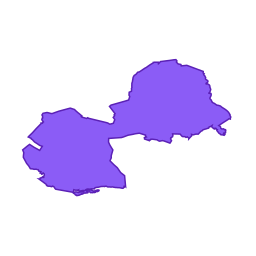 Ņukšu pag., Ludzas, Latvia, rotated 13°
{"feature_id": "27541924B6946008427807", "entity_name": "Ņukšu pag.", "entity_type": "district", "adm_level": 2, "iso_a3": "LVA", "parent_name": "Latvia", "parent_adm1": "Ludzas", "projection": "natural_earth1", "projection_center": [27.716, 56.433], "detail": "fine", "context": "isolated", "style": "filled", "palette": "violet", "viewbox_px": 256, "rotation_deg": 13, "n_neighbors": 0, "source": "geoboundaries", "source_scale": "gbopen_adm2", "svg_char_len": 5794}
<svg xmlns="http://www.w3.org/2000/svg" viewBox="0 0 256 256"><g transform="rotate(13 128 128)"><path d="M42.4,142.9L42.5,143.0L38.6,149.4L36.0,154.1L33.4,158.1L32.8,159.2L36.0,159.9L36.3,160.5L37.4,160.8L38.8,161.8L40.2,162.7L42.8,163.6L45.8,164.8L47.2,165.0L48.6,165.1L47.0,169.7L40.7,167.9L35.8,166.1L34.1,168.1L30.3,173.0L32.0,175.5L32.3,178.3L32.6,180.1L37.2,185.3L39.8,187.3L42.0,189.6L42.7,189.6L44.4,189.3L45.7,189.4L47.8,188.8L49.4,189.0L49.9,188.8L51.0,190.2L53.0,190.1L53.0,190.3L52.6,191.1L52.5,191.6L53.3,191.6L53.9,192.0L54.4,192.5L54.6,192.5L54.7,192.0L55.3,191.0L55.4,190.9L56.3,191.4L56.6,191.6L57.1,192.7L56.9,193.4L56.8,193.8L57.0,195.1L56.6,195.2L56.0,194.7L55.7,194.8L55.6,195.3L54.9,195.9L53.9,196.4L53.7,196.5L53.8,197.0L53.6,197.4L53.3,197.6L52.7,197.7L60.8,201.2L61.3,201.7L61.3,201.9L61.5,202.0L61.9,202.1L61.9,202.4L62.1,202.5L62.4,202.5L63.1,202.7L65.0,202.3L66.7,202.4L67.1,202.2L67.3,201.7L67.9,201.6L69.3,202.1L70.5,203.4L70.9,203.6L71.3,203.9L89.2,203.0L89.1,200.3L90.9,200.4L93.0,199.8L93.5,199.5L93.3,200.2L93.9,200.2L94.2,200.3L95.3,200.2L96.0,200.0L97.9,199.1L99.2,198.8L99.5,198.8L99.3,199.5L98.3,200.4L97.9,200.6L97.5,200.7L96.7,200.8L95.8,201.1L95.2,201.2L94.9,201.5L94.8,201.9L94.1,202.1L91.7,201.9L89.6,203.0L89.1,203.5L89.3,203.7L91.1,204.3L91.9,205.1L92.9,205.0L93.3,205.4L95.5,204.5L95.6,204.2L96.1,204.0L96.8,203.5L96.9,203.2L97.6,203.0L97.7,202.6L98.6,202.6L98.9,202.3L98.9,202.1L100.1,201.3L100.0,201.1L100.4,201.0L100.7,200.9L100.9,201.0L101.2,201.0L101.8,200.7L102.7,200.5L103.2,200.2L103.0,199.8L102.2,199.1L102.2,198.8L103.1,199.4L105.1,198.8L105.4,198.9L106.0,199.4L106.5,199.4L106.9,199.1L108.2,199.0L108.9,198.5L109.6,198.5L110.2,198.3L110.6,198.0L110.6,197.5L110.7,197.3L112.2,197.0L112.9,196.6L113.6,195.9L113.9,195.5L113.8,195.1L114.1,194.9L113.4,195.0L112.2,195.2L111.2,195.8L110.8,196.3L110.5,196.5L108.4,197.2L108.1,197.2L106.8,196.8L105.1,196.7L104.4,197.3L102.3,197.6L101.9,197.8L101.3,198.4L100.8,198.4L100.6,198.2L100.5,197.9L100.7,197.6L101.3,197.4L101.7,196.8L102.5,196.5L103.7,196.3L105.2,196.2L105.5,195.9L105.6,195.6L109.1,194.8L109.0,194.4L109.1,194.0L109.6,193.4L110.0,193.3L110.5,193.0L112.6,192.3L114.8,191.1L117.7,190.3L118.4,190.3L118.5,190.1L119.8,189.6L121.7,190.0L122.9,189.6L124.8,189.4L126.0,188.9L128.0,188.9L128.5,188.8L129.3,188.8L130.0,188.6L131.7,188.4L132.8,188.1L136.1,188.0L137.0,187.6L137.1,187.4L137.3,186.7L137.6,186.6L137.3,185.7L138.1,185.4L138.9,185.8L135.4,175.2L130.9,173.1L126.5,169.1L122.6,167.0L117.8,164.0L118.4,160.8L118.0,159.3L117.9,158.4L118.2,152.8L116.1,150.7L114.0,148.5L112.2,146.1L111.5,142.5L123.7,138.8L125.5,137.8L129.7,135.0L134.1,133.1L136.1,132.1L140.2,130.5L146.7,131.0L146.8,131.8L147.9,132.6L146.1,133.7L146.6,135.0L151.4,135.5L151.2,135.0L152.6,134.6L152.8,133.8L154.4,133.4L159.0,133.0L160.6,133.6L161.9,133.7L164.2,132.6L165.7,132.5L172.3,133.3L173.3,130.6L171.9,129.1L172.2,128.6L171.9,127.9L173.4,126.5L173.4,125.0L172.8,123.7L180.1,122.2L182.3,123.8L183.1,124.1L185.5,123.6L186.6,124.1L187.8,123.3L189.6,124.2L189.7,124.9L190.8,122.9L191.8,121.3L191.3,119.9L192.5,120.0L193.0,120.0L193.7,119.7L195.0,118.9L195.9,118.6L197.8,118.2L199.6,115.1L200.2,114.4L200.8,114.1L201.5,112.9L202.6,112.2L204.8,111.0L206.0,110.2L206.3,110.2L206.8,109.6L206.7,109.0L207.4,108.3L208.1,108.1L208.8,107.2L209.3,106.7L209.2,107.5L209.4,108.0L209.8,108.4L212.1,109.5L212.7,109.5L213.2,109.2L213.3,109.0L213.0,108.7L213.6,108.5L213.9,108.7L214.6,109.4L215.3,109.5L215.0,110.0L215.1,110.4L215.6,110.9L216.7,111.7L217.7,112.6L219.1,113.0L219.6,113.6L220.8,113.6L221.9,113.4L223.3,113.5L223.9,112.5L223.6,112.2L222.9,112.3L222.4,112.1L222.4,111.5L222.7,111.2L223.5,111.1L224.0,110.9L224.1,110.6L224.0,109.8L223.6,109.1L223.6,108.9L223.8,108.5L223.8,108.3L223.5,107.8L223.2,107.7L222.2,107.9L221.4,107.3L219.8,107.8L218.9,107.6L218.5,107.4L218.0,106.3L217.8,106.0L217.1,105.6L215.9,105.2L218.5,102.4L223.4,97.4L224.3,96.3L225.7,96.3L225.5,95.2L225.7,94.2L224.2,92.4L224.4,92.1L223.4,91.0L222.2,89.9L220.4,88.8L218.6,88.0L214.4,86.5L213.2,85.8L211.3,85.6L209.2,85.7L206.7,84.6L205.3,84.4L204.5,84.0L204.2,83.9L204.2,83.7L203.5,83.1L202.9,82.1L201.5,81.2L201.2,80.9L201.1,80.0L201.3,79.1L201.5,78.5L201.6,77.7L201.6,77.3L201.4,76.2L201.0,75.7L200.7,75.7L199.3,76.0L199.0,75.9L199.0,75.6L199.5,75.0L199.7,74.6L199.8,73.3L199.8,72.8L200.0,72.1L199.3,70.7L198.8,70.2L198.3,68.7L198.0,68.2L197.4,67.7L195.7,67.1L195.1,67.1L194.8,67.4L194.3,67.5L194.1,67.3L194.1,66.8L195.3,65.5L195.4,64.5L195.2,64.2L195.0,63.9L192.8,63.1L192.5,62.8L192.3,62.3L192.3,61.3L191.5,60.5L190.9,59.7L190.5,59.6L189.7,58.9L189.8,58.4L190.0,58.0L188.8,57.5L188.6,56.0L171.2,53.7L165.9,55.5L165.4,54.4L165.2,54.2L162.5,54.3L160.6,53.1L160.4,53.0L160.3,52.6L160.6,51.9L160.6,51.6L159.3,50.6L157.4,51.2L153.6,52.7L144.6,56.0L143.8,57.7L143.2,58.5L142.7,57.1L138.8,58.0L138.4,58.4L137.9,58.4L137.9,58.9L135.4,61.3L133.4,63.5L132.1,65.0L131.0,65.9L126.4,70.8L124.9,71.5L123.7,73.9L122.2,75.4L121.6,77.4L121.9,82.4L121.7,83.4L122.1,85.3L122.2,86.0L122.5,87.1L122.7,87.5L122.5,89.0L122.8,89.5L123.1,91.4L121.1,92.9L121.6,95.8L122.6,96.9L122.6,97.5L122.3,100.6L119.4,102.3L106.3,109.5L105.1,111.1L112.2,117.0L111.5,118.4L112.2,119.0L111.8,119.9L111.2,121.0L113.1,122.6L113.2,123.1L112.9,125.2L112.7,126.0L112.7,126.7L109.4,128.4L107.3,127.7L105.9,127.6L87.0,127.4L86.5,127.0L86.3,127.1L85.6,128.0L80.8,127.8L80.0,127.5L80.5,126.8L80.5,126.7L76.6,124.7L76.1,124.5L73.3,123.0L71.7,122.0L68.3,121.7L67.6,121.6L66.9,121.8L56.8,127.2L52.7,129.8L51.2,130.8L49.9,131.2L47.8,131.1L45.6,131.1L41.9,132.8L41.2,134.7L42.1,135.4L42.3,137.0L42.6,137.2L42.6,137.5L42.1,138.5L42.1,139.0L42.5,139.7L43.1,140.1L43.4,140.4L44.2,141.1L43.4,141.9L43.6,142.1L43.6,142.5L43.0,142.8L42.4,142.9Z" fill="#8b5cf6" stroke="#5b21b6" stroke-width="1.5"/></g></svg>